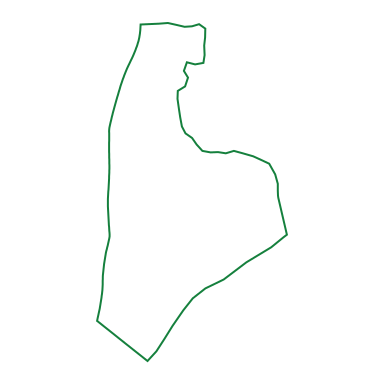 Chhuzagang, Geylegphug, Bhutan
{"feature_id": "84629894B88618838291424", "entity_name": "Chhuzagang", "entity_type": "district", "adm_level": 2, "iso_a3": "BTN", "parent_name": "Bhutan", "parent_adm1": "Geylegphug", "projection": "robinson", "projection_center": [90.512, 26.875], "detail": "fine", "context": "isolated", "style": "outline", "palette": "green", "viewbox_px": 384, "rotation_deg": 0, "n_neighbors": 0, "source": "geoboundaries", "source_scale": "gbopen_adm2", "svg_char_len": 2639}
<svg xmlns="http://www.w3.org/2000/svg" viewBox="0 0 384 384"><path d="M286.9,234.7L278.3,197.8L278.0,195.7L277.8,190.7L277.8,189.1L277.8,183.8L275.2,174.4L269.2,163.7L261.3,160.0L253.2,156.3L242.4,153.2L233.9,150.9L225.8,153.3L218.0,152.1L210.6,152.4L202.4,150.9L196.6,144.5L192.1,138.0L185.5,133.4L181.9,126.5L180.2,117.3L178.9,108.7L177.5,98.8L177.8,90.9L185.1,86.4L188.0,77.6L183.9,70.9L186.9,62.3L195.1,64.4L203.4,62.9L204.6,55.1L204.2,45.5L205.1,37.4L205.3,28.6L199.1,24.2L192.0,26.3L184.6,26.8L176.0,24.8L167.9,23.0L158.7,23.7L140.6,24.5L140.5,26.3L140.4,28.2L140.3,30.1L140.1,31.9L139.9,33.8L139.6,35.6L139.3,37.5L138.9,39.3L138.5,41.1L137.9,42.9L137.4,44.7L136.8,46.5L136.1,48.2L135.5,50.0L134.8,51.7L134.1,53.4L133.4,55.1L132.6,56.9L131.8,58.6L131.0,60.2L130.2,61.9L129.4,63.6L128.6,65.2L127.8,66.9L127.0,68.6L126.3,70.3L125.6,72.0L124.9,73.8L124.2,75.5L123.6,77.3L122.9,79.0L122.3,80.8L121.7,82.6L121.1,84.3L120.5,86.1L120.0,87.9L119.5,89.7L118.9,91.5L118.4,93.3L117.9,95.1L117.3,96.9L116.8,98.7L116.3,100.4L115.8,102.2L115.3,104.0L114.8,105.8L114.3,107.6L113.8,109.5L113.3,111.3L112.8,113.1L112.4,114.9L111.9,116.7L111.5,118.5L111.1,120.3L110.6,122.2L110.2,124.0L109.8,125.8L109.4,127.7L109.2,129.5L109.1,131.4L109.2,133.3L109.2,135.1L109.2,137.0L109.2,138.9L109.2,140.8L109.1,142.6L109.1,144.5L109.1,146.4L109.1,148.3L109.1,150.2L109.1,152.0L109.2,153.9L109.2,155.8L109.2,157.7L109.3,159.5L109.3,161.4L109.3,163.3L109.4,165.2L109.4,167.0L109.4,168.9L109.3,170.8L109.3,172.7L109.2,174.6L109.1,176.4L109.1,178.3L109.0,180.2L108.9,182.1L108.8,183.9L108.7,185.8L108.6,187.7L108.5,189.5L108.3,191.4L108.2,193.3L108.1,195.2L108.0,197.0L107.9,198.9L107.9,200.8L107.9,202.7L107.9,204.5L107.9,206.4L108.0,208.3L108.1,210.2L108.2,212.0L108.3,213.9L108.4,215.8L108.5,217.7L108.6,219.5L108.7,221.4L108.8,223.3L108.9,225.2L109.1,227.0L109.2,228.9L109.3,230.8L109.5,232.7L109.6,234.5L109.6,236.4L109.3,238.3L108.9,240.1L108.5,241.9L108.1,243.7L107.7,245.6L107.2,247.4L106.8,249.2L106.3,251.0L105.9,252.8L105.6,254.7L105.3,256.5L105.0,258.4L104.7,260.2L104.4,262.1L104.1,263.9L103.9,265.8L103.7,267.7L103.5,269.5L103.3,271.4L103.1,273.3L102.9,275.1L102.8,277.0L102.8,278.9L102.7,280.8L102.7,282.6L102.7,284.5L102.6,286.4L102.5,288.3L102.4,290.1L102.2,292.0L102.0,293.9L101.7,295.7L101.5,297.6L101.2,299.5L100.9,301.4L100.6,303.2L100.3,305.1L100.0,306.9L99.7,308.8L99.3,310.6L98.9,312.4L98.5,314.3L98.1,316.1L97.7,317.9L97.1,320.9L125.2,343.3L147.5,361.0L156.4,351.3L164.3,339.1L172.6,325.8L183.3,310.3L192.8,298.3L205.4,288.4L223.7,279.5L246.4,262.3L271.2,247.3L283.6,237.2L286.9,234.7Z" fill="none" stroke="#15803d" stroke-width="2"/></svg>